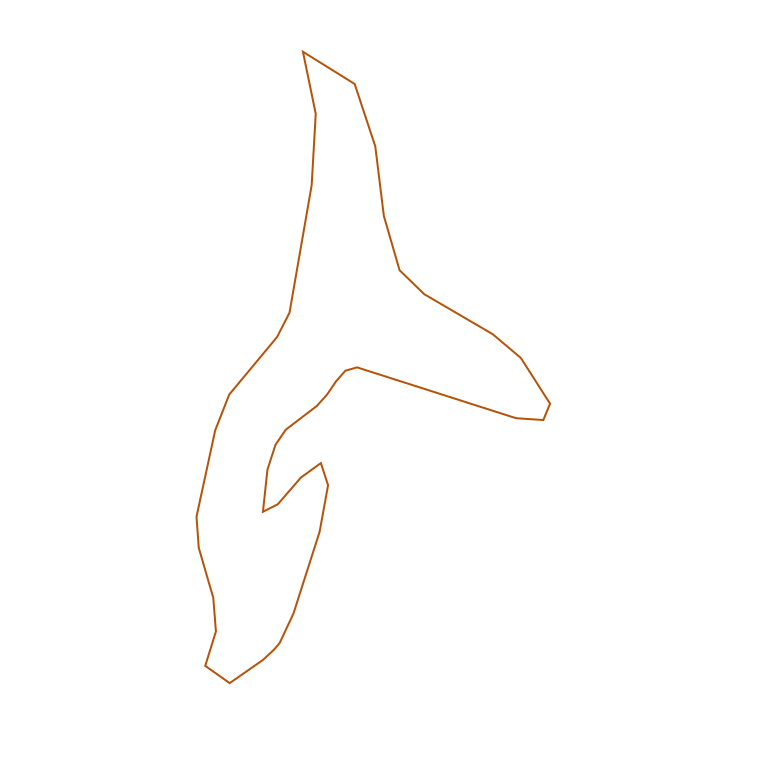 the border of South Eleuthera, rotated 188°
{"feature_id": "BHS-5029", "entity_name": "South Eleuthera", "entity_type": "District", "adm_level": 1, "iso_a3": "BHS", "parent_name": "The Bahamas", "parent_adm1": "", "projection": "albers", "projection_center": [-76.202, 24.817], "detail": "fine", "context": "isolated", "style": "outline", "palette": "amber", "viewbox_px": 768, "rotation_deg": 188, "n_neighbors": 0, "source": "natural_earth", "source_scale": "10m", "svg_char_len": 666}
<svg xmlns="http://www.w3.org/2000/svg" viewBox="0 0 768 768"><g transform="rotate(188 384 384)"><path d="M521.8,80.0L516.0,115.6L523.3,148.5L544.6,195.9L551.2,226.4L544.7,314.7L535.8,352.0L496.4,415.7L487.5,441.4L483.3,570.9L489.2,642.0L510.5,701.7L454.8,677.0L425.7,618.1L407.5,550.3L384.4,498.8L356.6,478.5L283.2,448.4L252.1,428.8L216.8,387.6L221.2,370.5L248.5,368.5L413.0,396.7L424.1,391.8L431.9,379.9L438.9,365.6L447.4,353.0L474.9,325.1L483.0,308.7L487.5,283.1L486.1,240.6L472.4,250.2L453.2,279.9L435.5,296.9L425.3,276.0L427.2,228.6L441.7,144.2L451.2,113.2L455.8,105.8L465.6,93.8L495.2,66.3L521.8,80.0Z" fill="none" stroke="#b45309" stroke-width="2"/></g></svg>